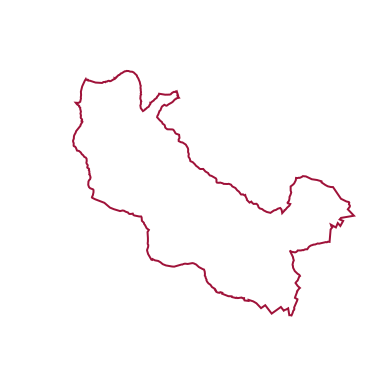 the district of Pestisu Mic, Hunedoara, Romania, rotated 32°
{"feature_id": "2599482B25386537179631", "entity_name": "Pestisu Mic", "entity_type": "district", "adm_level": 2, "iso_a3": "ROU", "parent_name": "Romania", "parent_adm1": "Hunedoara", "projection": "albers", "projection_center": [22.828, 45.805], "detail": "fine", "context": "isolated", "style": "outline", "palette": "rose", "viewbox_px": 384, "rotation_deg": 32, "n_neighbors": 0, "source": "geoboundaries", "source_scale": "gbopen_adm2", "svg_char_len": 6024}
<svg xmlns="http://www.w3.org/2000/svg" viewBox="0 0 384 384"><g transform="rotate(32 192 192)"><path d="M112.0,126.1L112.3,127.2L112.2,128.3L111.9,129.8L112.2,130.7L111.1,133.6L111.1,134.6L110.1,136.9L109.8,138.4L109.4,138.5L110.1,139.8L109.9,140.7L110.1,142.6L109.1,144.6L109.0,145.6L108.4,146.7L108.4,147.5L107.5,149.4L104.1,148.0L102.3,145.9L102.1,144.6L100.9,142.6L101.0,142.1L98.7,140.2L97.2,137.3L97.2,136.3L96.4,135.8L95.9,134.4L94.4,132.7L94.0,131.8L93.2,131.2L92.2,129.0L91.6,128.7L89.3,126.3L87.1,124.8L86.4,124.2L84.1,123.1L83.5,122.4L79.2,121.5L77.6,121.7L75.7,122.7L74.1,123.0L72.2,124.1L71.9,124.7L71.0,125.3L69.3,128.8L68.8,129.2L68.4,131.2L67.9,131.6L67.5,132.5L67.5,133.3L67.0,134.2L67.2,134.6L66.9,135.2L67.0,135.7L66.5,136.1L66.4,136.6L66.0,136.6L66.5,137.3L66.0,137.7L64.3,141.0L63.6,141.6L62.9,141.6L62.2,142.0L61.8,142.5L61.6,143.1L60.4,144.1L60.4,144.7L59.8,144.8L58.5,145.8L58.3,146.7L57.9,147.2L52.2,150.3L46.5,151.7L45.4,152.3L44.6,152.0L44.2,152.6L43.4,152.3L42.9,152.9L42.6,153.0L42.1,152.6L42.1,154.3L42.9,160.6L44.6,165.8L46.6,168.6L47.5,170.6L48.2,171.4L49.4,174.7L48.5,176.6L46.1,177.9L48.1,178.6L50.6,178.7L51.0,179.4L52.5,179.7L53.0,180.6L55.2,182.7L55.9,184.7L56.7,185.3L57.0,185.8L57.5,186.2L57.9,187.5L58.6,188.2L59.8,188.5L60.5,189.0L60.6,190.2L60.9,190.6L61.5,190.2L61.9,190.5L61.9,194.0L62.3,194.9L61.5,201.8L61.9,203.4L62.0,205.7L62.3,207.2L63.5,209.4L63.9,211.4L64.5,212.3L65.8,213.3L67.1,215.5L67.6,215.7L68.9,215.5L70.1,216.0L72.5,217.8L74.4,217.1L76.7,217.4L78.5,218.3L80.2,218.5L82.1,219.3L83.6,219.1L84.9,219.6L86.3,221.5L86.8,222.9L87.5,223.7L89.2,224.4L89.6,224.9L90.1,226.6L90.6,226.9L92.0,226.8L92.6,227.1L93.0,228.3L93.9,228.7L95.0,230.5L95.6,230.8L95.8,231.2L95.7,231.6L96.6,231.9L98.2,233.3L98.3,234.0L98.6,234.3L98.8,235.3L98.5,236.2L98.6,237.9L100.2,240.9L102.0,242.4L103.6,242.8L106.6,242.2L107.4,242.5L108.6,244.4L109.6,247.2L109.9,249.5L110.4,249.8L113.6,249.5L123.4,247.6L130.7,248.7L134.8,248.0L141.1,246.3L143.0,244.4L144.4,243.9L146.0,243.9L148.6,243.3L149.7,243.8L150.6,243.7L152.2,242.7L153.2,241.7L154.4,242.5L155.4,242.5L160.3,240.7L161.8,239.7L162.7,240.2L164.8,243.0L167.5,243.6L168.4,244.5L169.6,244.9L172.8,246.8L175.5,247.0L175.5,249.5L179.0,254.4L180.8,257.3L181.6,259.0L182.3,259.8L183.0,260.1L183.9,261.8L184.6,264.9L185.0,265.5L187.7,267.9L193.4,270.9L194.2,270.7L194.1,269.8L196.8,269.6L199.8,268.4L202.5,268.3L205.4,268.7L208.8,268.1L214.7,265.7L216.5,264.7L221.5,259.1L222.3,258.6L222.9,257.6L224.0,256.5L226.5,255.3L230.0,252.1L231.3,251.6L234.0,251.3L237.6,252.0L242.0,251.7L243.3,251.4L244.9,252.7L246.4,254.6L247.2,256.2L248.1,256.5L249.4,257.8L250.8,258.6L251.0,259.2L252.2,260.0L254.4,260.8L256.8,260.9L259.3,262.0L262.7,262.0L264.1,262.7L263.8,263.0L265.6,263.8L267.1,263.6L268.6,263.0L268.9,262.8L269.0,262.0L270.6,261.5L271.2,261.4L271.5,262.3L278.0,261.1L281.0,259.4L281.6,259.9L285.5,258.6L285.6,258.1L287.1,257.7L289.4,255.7L289.9,256.4L289.7,255.6L289.9,255.3L291.4,255.0L291.9,255.8L291.7,254.8L292.4,255.7L291.9,254.7L292.4,254.4L293.1,255.5L294.0,256.1L297.7,254.4L297.1,253.5L301.9,252.3L305.6,252.2L312.1,253.9L314.1,249.2L324.0,252.9L328.3,242.4L332.7,244.0L332.9,243.2L334.1,241.8L335.2,239.7L339.8,244.9L340.5,244.4L341.8,244.0L341.5,241.7L340.8,238.8L341.0,238.2L341.0,237.7L340.7,236.8L340.1,236.3L339.8,235.7L338.7,228.3L338.3,227.1L335.4,227.2L335.2,226.6L333.9,220.2L333.7,220.2L334.1,216.7L334.3,216.2L331.5,215.7L328.0,214.3L328.1,212.6L328.5,211.1L327.8,207.1L328.1,206.0L326.9,205.4L324.9,205.4L321.1,204.6L318.1,202.8L317.4,202.1L316.8,201.2L316.5,201.1L315.7,200.2L314.8,197.6L314.6,196.1L312.5,194.2L312.3,193.8L306.6,190.2L306.7,189.9L308.2,189.9L311.4,188.6L312.1,187.7L312.6,186.4L312.6,185.6L315.3,183.9L316.5,182.7L317.2,182.4L318.4,180.6L320.1,179.5L320.2,176.8L320.5,175.8L321.3,174.2L322.6,172.8L322.7,172.4L324.3,171.2L325.9,169.0L327.1,168.5L332.1,163.5L333.0,163.2L333.6,162.1L335.1,161.4L329.4,150.3L329.7,147.3L328.4,147.2L327.1,146.1L332.8,145.8L332.1,141.1L335.8,142.2L335.5,136.4L331.8,137.0L332.1,135.0L341.9,126.3L333.3,124.1L333.6,120.8L333.0,119.8L331.6,119.3L331.0,117.7L330.3,117.4L328.0,118.2L321.9,118.8L309.0,113.1L307.1,114.2L304.2,115.2L301.4,115.4L296.7,115.2L296.3,114.3L296.1,114.3L291.6,115.6L286.8,117.7L280.4,118.4L277.6,119.8L277.1,121.1L275.9,122.9L275.0,123.3L274.1,124.3L272.8,124.9L273.8,127.1L274.1,130.7L273.6,132.7L272.7,135.0L274.9,138.5L276.4,139.8L277.0,142.1L277.3,144.5L278.2,146.0L278.9,148.0L278.7,150.2L279.7,150.6L280.4,150.1L280.2,150.5L281.7,150.1L281.8,152.1L281.0,154.7L280.6,157.6L280.1,158.3L280.3,158.7L279.7,162.1L278.0,160.2L276.9,159.3L275.3,158.8L273.7,160.6L272.7,162.7L271.3,164.2L269.6,168.1L266.0,169.3L262.4,169.6L260.7,169.3L258.2,170.0L256.6,169.7L254.9,168.3L253.0,167.8L250.5,169.5L248.9,169.3L247.4,168.7L246.4,170.5L242.7,169.6L242.3,168.9L239.7,167.3L238.8,166.4L238.5,167.0L236.4,167.0L235.9,167.6L234.8,168.1L231.6,166.8L229.4,166.6L226.7,165.6L223.2,165.9L221.2,165.1L218.8,165.6L217.9,166.4L214.4,168.4L213.5,168.3L210.8,169.1L210.2,169.8L208.3,170.8L207.4,170.5L206.1,168.4L205.0,167.8L199.9,168.0L198.4,168.5L196.4,167.9L195.7,167.4L192.5,167.5L189.3,166.5L186.9,168.1L185.9,168.2L184.0,167.8L181.4,167.6L179.9,167.0L176.8,166.3L174.3,166.7L172.3,164.8L170.6,164.1L169.9,163.3L169.2,161.5L167.5,160.2L166.1,157.8L165.1,156.9L161.6,155.1L157.7,155.0L156.4,155.6L153.8,155.9L152.8,154.5L152.8,153.0L152.6,152.6L150.7,150.3L147.6,151.0L146.3,150.7L145.3,150.0L143.2,149.1L142.1,149.4L137.8,151.9L135.7,151.7L135.0,151.4L134.1,150.4L133.1,149.7L130.8,149.6L129.6,148.7L126.9,148.3L122.8,147.1L122.4,146.1L122.3,144.1L121.5,140.6L121.9,139.5L121.3,136.2L121.3,135.3L122.3,132.7L124.2,132.5L124.8,132.2L125.7,130.0L127.4,126.9L127.9,125.6L128.4,122.6L129.0,121.9L129.1,120.9L131.0,119.0L129.8,118.5L129.6,118.7L128.4,117.8L128.8,117.3L125.7,114.7L125.5,115.2L125.9,115.7L124.8,115.5L124.5,116.2L123.6,116.7L122.7,118.2L122.3,119.5L122.2,120.4L121.5,121.2L117.7,123.7L112.0,126.1Z" fill="none" stroke="#9f1239" stroke-width="2"/></g></svg>